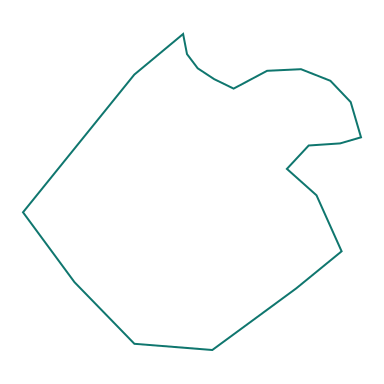 the border of Banjul
{"feature_id": "GMB-2153", "entity_name": "Banjul", "entity_type": "Independent City", "adm_level": 1, "iso_a3": "GMB", "parent_name": "Gambia", "parent_adm1": "", "projection": "albers", "projection_center": [-16.653, 13.415], "detail": "fine", "context": "isolated", "style": "outline", "palette": "teal", "viewbox_px": 384, "rotation_deg": 0, "n_neighbors": 0, "source": "natural_earth", "source_scale": "10m", "svg_char_len": 379}
<svg xmlns="http://www.w3.org/2000/svg" viewBox="0 0 384 384"><path d="M23.0,212.3L134.3,74.6L183.1,34.0L187.0,54.1L197.7,68.3L214.1,79.1L233.6,88.6L267.1,70.8L301.0,69.2L330.4,80.8L350.7,102.1L361.0,137.3L340.1,143.4L308.7,145.5L286.9,168.9L316.5,195.3L341.6,251.3L296.2,288.4L212.3,350.0L134.4,343.8L74.5,282.2L23.0,212.3Z" fill="none" stroke="#0f766e" stroke-width="2"/></svg>